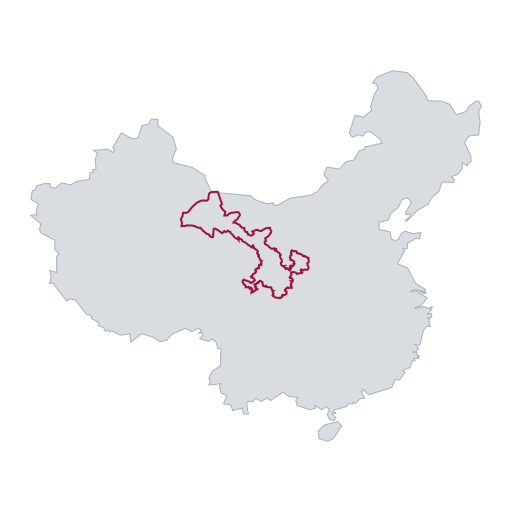 location of Gansu within China
{"feature_id": "CHN-1150", "entity_name": "Gansu", "entity_type": "Province", "adm_level": 1, "iso_a3": "CHN", "parent_name": "China", "parent_adm1": "", "projection": "albers", "projection_center": [103.309, 37.691], "detail": "fine", "context": "in_parent", "style": "outline", "palette": "rose", "viewbox_px": 512, "rotation_deg": 0, "n_neighbors": 0, "source": "natural_earth", "source_scale": "10m", "svg_char_len": 9742}
<svg xmlns="http://www.w3.org/2000/svg" viewBox="0 0 512 512"><path d="M310.2,409.7L297.1,405.5L295.8,400.3L297.9,397.5L288.8,396.3L283.1,392.2L270.3,400.5L267.1,398.1L260.9,401.4L255.9,398.3L252.5,402.0L248.4,400.9L246.6,403.2L248.4,414.2L243.6,413.7L242.1,408.1L232.8,410.6L230.7,405.0L223.5,403.5L227.1,395.5L220.9,392.9L219.5,385.7L221.1,383.6L208.8,385.0L210.3,381.9L208.9,377.8L212.0,371.7L220.2,365.9L221.1,348.6L217.8,348.7L216.3,342.6L212.5,338.7L209.2,341.4L199.8,338.7L202.8,335.4L201.7,332.3L198.9,333.4L201.2,330.3L198.4,328.0L192.2,331.7L185.6,328.3L172.5,334.0L166.4,340.3L159.8,341.8L153.8,337.5L141.6,333.6L131.0,342.1L129.7,333.9L120.2,335.2L111.6,330.7L109.4,332.1L107.3,329.8L105.6,331.6L103.5,327.4L98.5,326.0L99.4,323.3L91.7,318.5L91.2,315.2L86.6,314.6L75.6,300.1L70.1,298.8L66.8,301.1L52.9,283.2L49.6,283.4L51.2,276.8L49.8,270.5L56.7,272.5L56.6,256.4L59.4,254.1L54.7,249.1L55.0,240.3L40.9,232.7L39.5,229.8L40.7,223.7L30.7,215.3L37.3,214.7L36.2,212.0L38.2,203.9L30.9,199.4L32.3,190.8L34.8,190.2L36.9,185.8L44.6,183.5L50.4,183.8L50.4,187.2L55.3,188.2L61.7,182.8L70.9,184.9L76.9,181.3L89.2,179.4L90.2,173.0L93.5,171.7L92.8,169.7L96.0,169.2L95.2,159.1L97.6,153.2L93.7,150.5L107.8,149.0L113.2,152.6L114.5,149.8L112.8,147.6L121.3,132.9L132.8,139.0L138.1,137.6L141.9,125.5L148.2,124.4L151.5,119.2L157.9,119.6L158.0,125.8L172.8,137.1L176.4,148.9L172.3,159.1L173.4,162.6L192.3,167.5L205.2,175.5L204.8,178.0L211.6,192.1L250.3,195.7L255.3,199.7L267.2,204.0L273.2,202.6L273.2,204.9L277.0,205.5L290.5,198.0L310.0,195.4L317.8,191.4L321.9,185.3L328.4,180.9L323.9,174.5L326.9,167.1L339.6,169.1L345.9,161.7L353.9,160.0L359.1,150.8L364.5,149.2L364.9,146.9L381.9,143.2L379.9,138.6L370.1,131.7L365.0,132.4L362.6,136.3L358.2,134.7L352.5,137.3L349.3,133.2L354.9,115.2L363.4,117.1L371.8,110.1L370.6,106.9L374.5,94.1L378.0,88.4L376.6,84.0L372.4,83.2L377.3,76.6L393.3,70.7L407.3,72.6L413.3,78.0L426.7,96.7L427.4,100.7L441.4,101.2L449.8,104.3L456.3,114.7L466.1,111.4L469.3,106.2L476.1,101.0L478.9,101.3L481.3,106.3L478.7,111.6L480.1,122.4L478.6,135.0L469.2,135.9L464.5,142.5L470.9,156.2L471.0,161.3L466.8,164.5L468.1,166.1L462.2,162.9L462.3,168.8L457.8,174.4L451.4,176.7L454.3,180.0L453.8,182.5L442.3,182.0L438.8,191.5L431.6,197.9L428.0,204.4L417.7,210.1L406.4,221.5L405.6,219.7L409.7,216.9L410.2,213.9L406.0,214.7L405.6,213.1L411.4,201.9L407.2,197.8L402.3,199.5L398.2,207.3L390.6,213.7L388.4,220.0L379.1,222.1L379.2,229.4L390.0,231.7L391.4,238.9L394.4,240.4L398.2,239.6L401.2,233.5L404.9,231.2L412.7,233.6L421.0,232.6L419.6,238.9L416.1,238.2L407.6,243.3L407.2,248.7L403.3,248.6L404.6,250.7L397.4,263.8L407.6,268.1L415.6,283.4L425.5,289.5L425.3,291.6L413.8,289.6L409.9,292.1L415.7,290.5L427.2,297.9L420.3,306.2L416.4,307.0L414.4,308.9L423.6,306.5L431.7,309.4L427.4,314.3L431.5,313.4L431.8,317.1L427.6,318.0L430.0,319.3L428.8,322.8L430.7,326.1L426.5,326.5L423.5,330.4L419.6,345.3L415.1,344.6L418.6,348.6L415.3,352.1L412.1,351.9L416.8,352.3L417.9,358.4L413.7,358.5L415.0,360.5L412.2,361.3L410.1,367.6L402.7,370.3L405.1,372.3L399.5,379.8L395.1,379.9L391.8,387.5L368.6,394.8L363.1,389.5L361.5,391.6L364.4,398.2L359.9,398.8L355.4,403.6L353.0,401.8L352.7,404.2L349.1,403.5L346.0,406.7L334.4,409.8L332.1,413.9L336.0,417.9L334.5,420.2L329.8,419.9L327.3,414.6L329.5,408.8L325.8,406.9L321.9,409.8L315.0,405.4L315.4,408.1L310.2,409.7ZM337.7,421.6L341.7,426.0L333.1,438.7L327.6,441.3L319.1,438.7L318.3,431.1L324.0,425.1L337.7,421.6ZM426.5,293.5L423.5,293.5L420.3,291.5L422.6,291.6L426.5,293.5ZM433.1,307.1L430.9,308.1L430.2,306.9L433.1,307.1ZM419.5,356.1L418.5,357.9L418.4,355.8L419.5,356.1ZM333.4,413.3L335.7,412.3L335.6,413.5L333.4,413.3Z" fill="#d9dde1" stroke="#a8b0b8" stroke-width="1"/><path d="M211.5,192.0L217.8,191.8L222.0,204.1L220.5,205.4L220.5,206.1L222.5,209.3L225.3,211.8L225.3,212.2L224.4,215.5L227.3,215.4L229.1,213.7L231.8,212.7L234.4,212.7L235.7,212.2L236.5,212.1L238.4,212.3L238.8,212.6L239.8,214.3L239.8,215.0L239.7,215.6L238.2,217.5L237.4,219.3L235.1,220.7L234.3,221.4L233.5,222.6L236.1,222.9L237.3,223.9L239.6,224.9L240.1,225.5L240.4,226.4L241.6,227.0L241.8,227.7L244.2,227.9L244.5,228.5L244.4,230.0L244.7,230.8L246.0,232.1L246.5,232.2L246.9,231.9L247.3,232.0L247.3,232.8L247.7,233.7L248.3,234.0L248.1,234.4L248.1,234.6L248.9,234.8L250.2,235.4L252.2,235.4L253.9,233.5L252.2,231.6L252.3,231.4L256.8,229.8L257.3,229.8L258.4,230.5L261.3,231.1L262.7,230.0L265.3,228.6L267.6,227.9L269.8,227.8L270.1,227.9L270.0,229.0L271.3,231.2L271.3,231.9L270.9,232.8L270.1,233.4L269.5,234.8L268.6,236.0L265.1,238.4L265.5,239.2L265.9,241.1L264.7,241.6L264.7,242.6L265.0,244.1L267.1,245.0L270.6,248.2L271.8,248.8L273.1,248.8L273.6,248.3L275.6,248.7L275.3,249.0L275.6,249.5L274.9,250.0L274.9,250.5L275.5,250.7L276.0,250.3L276.7,250.6L277.3,251.8L277.7,252.2L278.7,252.5L279.4,253.1L280.6,254.9L280.7,255.0L279.9,255.5L279.8,256.0L280.3,257.4L280.9,258.7L281.6,259.6L281.8,260.6L281.8,262.0L280.9,262.7L280.8,263.9L281.8,265.6L282.9,266.1L284.3,266.0L283.9,266.3L284.0,266.6L285.2,268.2L285.4,268.2L286.1,267.9L287.3,268.3L285.8,268.7L285.7,268.8L285.8,269.1L286.6,268.8L288.1,268.9L289.3,270.3L289.9,270.5L290.6,269.7L290.7,268.9L290.8,268.2L290.3,267.9L290.1,267.5L290.9,267.3L290.3,266.7L290.2,265.8L291.2,265.5L292.3,265.8L292.6,266.1L294.1,264.9L293.5,263.9L294.3,263.5L294.1,263.2L294.3,262.9L294.2,261.8L293.2,260.6L292.6,260.6L291.4,259.9L290.5,260.0L290.3,259.6L290.5,259.1L290.4,258.2L289.9,257.7L290.4,257.2L290.3,255.6L290.8,255.3L291.3,255.2L291.6,254.5L291.6,254.2L290.9,253.2L291.4,252.4L291.2,251.7L291.4,250.6L291.6,250.4L292.2,250.3L293.7,251.3L295.4,251.0L296.3,251.3L296.7,251.6L296.8,253.2L298.5,253.3L299.0,253.8L300.2,253.9L301.8,254.6L302.3,255.3L303.0,255.5L303.1,256.1L304.1,256.4L304.6,256.0L304.9,256.3L305.7,256.5L306.4,257.3L307.9,257.6L308.7,258.2L308.7,258.8L308.3,259.4L308.8,260.6L308.7,262.0L307.2,263.4L307.6,264.2L307.6,265.5L308.4,266.7L308.6,268.4L307.7,269.5L305.7,269.8L305.3,269.5L304.8,269.5L303.3,270.3L303.0,269.9L301.3,269.4L301.2,270.1L300.7,270.4L301.5,271.9L302.3,272.7L302.2,272.9L301.3,273.2L300.0,273.1L299.4,273.5L297.8,273.4L297.0,274.0L295.6,272.5L294.7,272.3L294.4,272.1L291.6,272.2L290.9,272.8L291.0,273.8L291.5,274.6L291.4,275.0L290.9,275.9L290.4,276.2L289.6,277.5L290.0,278.1L291.0,278.0L292.0,278.5L292.7,279.4L292.8,280.7L291.7,280.5L291.2,280.7L291.7,280.9L292.0,282.0L291.5,282.2L290.7,284.2L290.8,284.6L291.3,284.9L291.0,285.3L291.1,286.3L291.9,287.2L291.8,287.9L291.2,288.1L290.8,287.5L290.5,287.4L289.7,287.5L288.6,288.0L288.2,287.9L287.9,287.5L287.2,287.5L286.9,288.1L285.8,288.7L285.5,289.6L284.9,289.8L284.8,290.3L285.1,290.9L286.6,291.5L286.4,292.2L286.6,293.5L286.4,294.0L284.5,295.1L282.9,294.7L282.3,295.0L282.0,295.5L282.5,296.6L281.1,297.7L280.5,297.5L279.8,298.2L279.2,297.7L278.1,298.0L277.3,297.7L275.7,297.6L274.9,297.3L273.6,296.1L272.7,295.8L272.5,295.3L272.6,294.9L272.8,294.6L273.4,294.5L273.6,293.7L272.6,292.1L272.5,291.2L273.4,290.8L272.6,290.4L271.5,289.1L271.5,288.0L271.2,287.5L270.8,287.3L268.0,287.2L267.0,286.8L266.0,286.9L265.9,286.7L266.2,285.9L266.1,285.7L264.8,286.4L263.4,286.1L263.0,285.8L263.1,285.1L262.7,284.6L262.6,282.4L261.5,281.7L260.7,280.8L259.4,281.1L259.0,281.6L257.9,282.2L257.8,282.4L258.3,282.7L258.3,282.9L256.8,283.1L256.1,284.1L255.3,284.0L254.4,284.4L255.1,285.6L255.0,285.9L255.6,286.4L255.4,286.7L255.8,286.7L255.6,287.4L255.9,287.8L257.0,288.6L256.7,288.7L257.0,289.3L256.7,289.3L256.8,289.4L256.1,289.9L255.3,290.1L254.9,290.7L254.1,291.0L253.6,291.8L252.7,291.9L251.5,292.8L251.5,292.2L251.3,291.5L251.9,290.7L252.2,289.7L251.8,288.4L251.1,287.8L250.9,288.6L250.3,288.9L249.6,288.8L249.1,287.3L248.7,286.8L247.5,287.4L246.2,287.0L245.7,287.2L245.7,286.0L245.4,285.2L244.4,284.8L243.9,284.3L242.6,282.0L242.6,281.5L242.8,280.7L243.9,279.6L245.0,280.2L246.6,280.6L247.2,281.0L249.3,281.6L249.6,281.8L249.9,282.3L251.0,283.1L251.8,282.3L252.6,282.3L253.7,281.0L254.3,280.9L254.8,280.1L254.2,278.7L253.6,278.3L252.6,278.0L252.3,277.0L251.6,277.3L251.2,277.3L250.9,276.5L251.7,275.9L252.2,276.0L252.5,274.7L253.1,274.1L253.8,273.9L254.7,273.1L255.3,272.9L255.8,272.1L256.2,271.7L256.2,271.4L255.8,270.7L255.3,270.5L255.6,269.9L255.6,269.2L256.7,269.0L257.6,268.0L259.0,268.2L259.2,267.2L258.8,265.8L259.0,264.9L259.4,265.0L259.7,264.7L260.2,264.7L261.3,265.0L261.2,264.0L261.5,263.4L260.9,262.6L261.9,261.0L260.6,260.1L260.0,259.9L259.6,258.1L259.0,257.0L258.2,256.3L258.2,255.9L258.9,255.5L258.9,255.0L257.1,253.4L257.4,252.0L257.9,251.7L257.9,251.2L256.9,250.0L256.2,249.8L255.1,248.8L254.6,248.7L253.7,248.1L253.7,247.7L254.0,247.2L253.4,246.5L253.2,245.3L252.9,245.3L252.0,246.5L251.8,247.4L251.5,247.4L250.9,246.7L247.7,244.5L245.8,242.8L242.5,241.2L242.2,241.0L242.0,239.9L241.7,239.5L240.1,238.9L238.6,237.2L238.3,237.2L238.1,238.1L238.6,239.1L238.6,240.1L238.0,239.3L237.4,238.9L235.8,238.3L233.9,236.7L233.5,235.8L230.4,232.7L230.3,231.9L229.4,231.8L229.0,231.2L228.0,230.8L227.6,230.7L227.2,231.4L226.5,231.9L225.2,231.8L224.7,231.2L224.3,231.0L223.7,231.9L222.1,233.2L216.7,229.3L214.9,228.6L213.9,228.7L213.5,229.5L213.6,230.6L213.4,232.0L213.4,233.2L213.3,233.9L213.0,234.2L213.2,235.1L213.0,236.9L212.8,237.2L212.6,237.3L211.3,236.9L209.6,235.9L209.4,235.7L209.5,235.0L207.9,234.0L207.1,233.9L205.9,233.4L205.7,232.7L204.7,232.2L203.9,231.3L203.3,231.1L202.4,229.7L201.5,229.2L200.4,227.7L198.0,227.8L197.3,227.3L195.8,226.8L195.1,226.1L191.3,225.4L189.3,225.6L188.0,225.3L187.3,225.5L186.3,225.4L185.4,225.9L184.3,226.1L183.1,225.9L182.2,226.3L181.5,226.2L182.0,223.2L181.0,219.3L181.0,218.8L182.4,216.5L183.1,212.7L183.8,212.6L185.8,213.0L188.2,212.0L192.1,207.1L196.9,202.6L200.8,200.8L204.1,200.4L206.3,200.8L207.0,200.6L208.5,199.1L208.4,197.8L209.1,193.5L211.5,192.0Z" fill="none" stroke="#9f1239" stroke-width="2"/></svg>